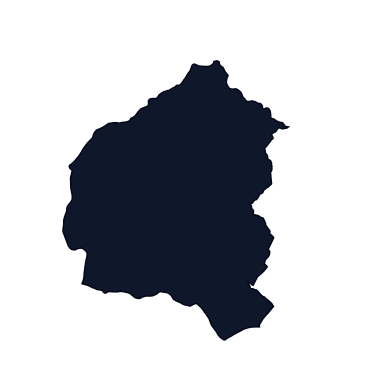 outline of Guayatá, Boyacá, Colombia, rotated 25°
{"feature_id": "7082276B57012919996167", "entity_name": "Guayatá", "entity_type": "district", "adm_level": 2, "iso_a3": "COL", "parent_name": "Colombia", "parent_adm1": "Boyacá", "projection": "orthographic", "projection_center": [-73.477, 4.938], "detail": "fine", "context": "isolated", "style": "filled", "palette": "ink", "viewbox_px": 384, "rotation_deg": 25, "n_neighbors": 0, "source": "geoboundaries", "source_scale": "gbopen_adm2", "svg_char_len": 5973}
<svg xmlns="http://www.w3.org/2000/svg" viewBox="0 0 384 384"><g transform="rotate(25 192 192)"><path d="M314.2,261.2L312.8,260.5L312.3,259.9L310.0,258.9L309.7,258.9L308.3,258.4L306.9,258.0L303.9,257.4L302.4,256.7L301.8,256.6L300.2,256.7L298.4,256.2L297.5,255.9L294.8,254.7L294.2,254.3L292.0,253.6L291.5,253.6L289.9,254.2L289.3,254.0L288.0,253.9L287.5,254.1L286.7,254.8L286.1,254.8L285.7,254.7L284.5,253.2L283.0,252.0L282.0,251.5L281.7,251.2L281.1,250.4L280.8,250.1L283.5,250.1L285.6,250.7L286.3,250.8L286.8,250.7L286.9,247.5L287.1,242.0L287.2,241.2L287.6,240.0L288.1,239.2L288.7,237.6L289.4,236.2L290.6,233.1L291.7,228.7L291.7,228.0L291.7,227.8L291.2,227.6L289.5,227.0L288.2,226.8L287.8,225.9L287.5,224.5L287.3,223.9L287.2,222.6L287.3,221.9L287.5,221.1L288.5,218.5L288.6,217.0L288.3,214.8L287.9,213.7L287.6,213.3L287.0,212.7L285.2,211.9L285.3,210.7L285.2,209.3L285.4,204.7L285.3,202.6L285.4,201.0L285.3,199.7L285.2,198.7L279.6,196.6L279.4,195.6L279.2,194.7L279.1,194.4L277.9,193.7L275.6,192.6L275.1,192.2L273.1,191.1L272.6,190.6L271.8,189.2L270.7,188.3L270.0,187.5L269.2,187.0L267.9,185.9L267.2,185.6L266.4,185.8L265.8,185.9L264.5,185.8L262.9,185.5L261.8,185.5L261.0,185.6L260.3,185.8L258.9,186.0L258.2,186.3L257.3,186.8L256.8,186.8L256.3,184.1L255.9,183.3L255.6,183.0L255.1,182.6L254.0,182.1L253.3,181.9L252.8,181.3L252.0,179.8L251.2,179.1L250.0,178.3L249.6,177.7L249.9,177.5L250.6,177.2L251.2,176.8L251.6,175.4L251.8,173.8L252.5,172.6L253.0,172.1L253.5,171.8L253.6,171.6L254.1,169.5L254.2,168.4L254.3,166.8L254.6,164.9L254.9,164.5L255.6,164.0L256.1,163.3L256.4,162.6L256.3,160.1L256.7,159.1L257.9,156.5L259.2,154.9L259.5,154.1L259.7,153.0L260.3,152.1L260.5,151.5L260.6,150.9L259.4,148.9L259.0,148.4L258.9,147.8L257.8,146.3L255.7,142.4L254.8,141.0L254.8,140.4L255.0,139.8L255.0,139.3L255.0,138.5L254.7,137.4L254.0,136.1L253.9,135.7L253.4,134.6L252.0,133.2L252.0,132.3L251.9,132.1L251.3,131.7L250.4,130.8L249.8,130.4L247.9,130.3L246.6,129.9L246.1,129.2L245.7,128.2L244.3,126.7L243.1,126.1L242.3,125.9L242.0,125.6L240.7,123.5L239.2,121.6L239.6,121.0L240.4,118.3L241.0,115.4L241.4,114.0L241.7,112.9L241.7,111.6L241.8,111.1L242.3,110.5L242.8,109.4L242.6,108.7L242.1,108.1L240.3,106.8L239.9,106.0L239.9,105.4L240.7,104.0L242.2,102.1L242.6,100.9L242.7,99.2L243.1,97.8L244.0,97.0L244.7,96.7L246.7,96.7L247.3,96.5L247.9,96.2L248.6,95.7L249.0,95.2L249.7,94.8L251.0,93.9L251.8,92.3L251.0,92.6L250.0,92.8L249.1,93.0L248.1,92.8L245.3,91.1L244.6,91.0L242.1,91.7L240.6,91.9L238.8,91.9L237.6,91.8L236.5,91.4L235.4,91.3L234.3,91.4L233.4,91.8L232.8,91.7L232.0,91.2L231.3,90.3L231.0,89.3L229.2,86.5L228.2,85.2L226.8,84.3L225.6,83.9L224.6,84.1L223.6,84.7L222.3,86.3L221.5,86.7L220.7,86.4L219.7,84.8L219.1,84.1L218.2,83.5L217.0,83.1L216.1,83.0L214.2,83.8L213.3,83.7L212.4,83.5L211.2,83.4L210.4,83.6L209.6,83.9L208.4,83.9L207.6,84.2L207.2,84.7L206.3,85.4L203.9,86.6L203.2,86.7L202.3,86.3L201.3,85.7L198.1,84.5L194.8,81.5L193.5,80.7L190.0,79.9L188.7,79.9L187.7,80.2L185.8,81.4L184.1,82.1L183.0,82.2L181.5,82.0L179.9,81.1L178.4,80.0L176.7,78.0L176.2,76.6L175.7,74.8L175.4,73.2L175.5,71.8L175.4,71.2L174.6,70.7L173.1,70.0L171.5,69.2L170.0,68.2L168.8,67.0L167.0,65.9L165.8,65.8L164.5,65.5L163.6,65.1L162.6,64.1L161.6,62.6L159.8,62.5L159.2,62.6L158.4,63.1L157.5,64.0L156.9,64.3L156.7,64.7L157.1,65.4L157.1,66.3L156.3,68.4L154.8,70.5L152.4,72.0L149.4,73.3L144.7,75.0L141.3,74.9L140.2,75.1L139.8,75.3L139.1,75.9L138.7,77.0L138.6,78.2L138.8,79.4L139.0,82.2L139.0,83.4L138.8,84.3L138.4,85.5L137.7,92.2L137.3,93.5L136.8,97.3L135.9,100.0L135.4,100.4L134.8,101.1L133.6,101.5L133.1,101.9L132.7,102.6L131.7,104.9L130.6,105.9L128.0,109.9L127.5,110.3L126.9,110.4L126.4,110.7L126.0,111.5L124.1,113.0L122.6,115.2L121.1,118.0L121.0,119.7L120.4,121.9L119.7,122.6L116.7,124.0L114.7,125.3L114.2,126.4L114.0,127.8L115.3,130.4L115.7,131.7L115.6,132.6L114.5,134.1L112.8,135.8L110.9,137.9L110.4,138.6L109.5,141.4L108.1,147.8L105.5,151.1L105.4,151.7L105.4,153.2L105.1,154.1L102.9,156.4L99.4,158.4L96.8,160.5L94.9,160.9L93.7,161.3L91.8,162.3L90.2,163.3L88.3,164.7L87.4,165.2L85.1,169.2L83.7,171.2L81.5,173.9L79.8,175.7L79.3,176.4L78.9,177.6L78.4,180.1L78.5,181.7L78.9,184.0L78.9,185.1L76.5,192.0L75.2,198.4L74.7,204.1L74.1,207.9L72.3,214.4L71.2,217.0L69.8,219.6L69.9,220.6L70.7,221.6L71.7,222.3L72.9,222.6L73.8,222.7L74.3,223.0L75.3,227.2L75.7,229.6L76.6,232.0L77.3,233.1L79.1,236.9L80.7,239.8L84.8,245.5L86.3,248.6L86.5,249.4L86.6,250.4L86.3,252.6L85.7,254.8L85.3,256.8L85.2,258.0L85.3,259.0L85.7,260.3L86.4,261.8L86.7,263.6L86.9,267.2L87.2,269.1L87.5,270.9L88.0,272.7L88.7,273.8L89.8,276.7L90.4,278.8L91.2,281.1L92.0,282.6L96.3,286.8L101.5,291.9L102.0,292.5L103.2,293.4L105.1,294.4L106.3,294.8L107.7,294.8L109.6,294.3L110.2,294.0L112.5,291.4L114.9,289.8L116.0,289.5L117.7,289.4L120.6,290.3L122.2,291.2L122.9,292.0L123.8,293.9L124.3,295.9L125.2,300.2L128.4,310.5L129.6,313.6L130.5,316.2L130.8,317.9L131.1,321.5L132.0,321.5L135.4,320.8L138.4,320.6L143.2,320.7L144.2,320.3L146.5,320.6L148.6,320.1L149.4,319.7L152.5,319.2L153.7,320.0L155.3,320.5L156.5,320.1L157.8,318.1L158.7,317.3L161.9,316.1L165.6,314.5L167.1,313.7L169.1,312.3L171.3,311.5L175.1,310.6L177.4,310.2L179.4,310.3L181.7,311.0L184.8,311.8L186.3,311.6L188.0,311.3L189.9,310.3L191.5,308.0L194.5,305.5L197.4,304.3L199.9,302.9L201.7,301.0L203.2,299.3L203.5,298.2L204.6,296.4L206.2,295.3L209.9,294.4L211.4,293.8L212.5,293.7L214.4,293.8L216.5,294.4L217.6,295.0L219.3,296.2L221.0,297.1L223.2,297.3L225.8,297.3L228.1,297.2L231.5,297.5L233.0,297.4L235.3,296.7L237.7,296.4L238.9,295.8L240.6,293.4L241.5,292.4L242.7,291.4L243.7,291.1L248.5,292.6L252.0,294.2L254.0,295.6L256.4,296.8L261.0,299.6L263.6,302.2L266.1,304.5L272.9,308.2L276.2,310.5L279.3,311.9L281.1,312.2L283.5,312.5L284.5,312.0L285.6,309.7L288.5,305.9L290.0,303.5L291.6,301.5L292.5,300.1L294.7,297.5L296.5,294.7L299.5,291.9L302.4,289.6L304.7,288.3L310.1,285.7L309.5,284.9L309.2,283.0L309.6,279.7L309.8,277.4L310.7,273.7L311.9,270.2L314.2,261.2Z" fill="#0f172a" stroke="#020617" stroke-width="1.5"/></g></svg>